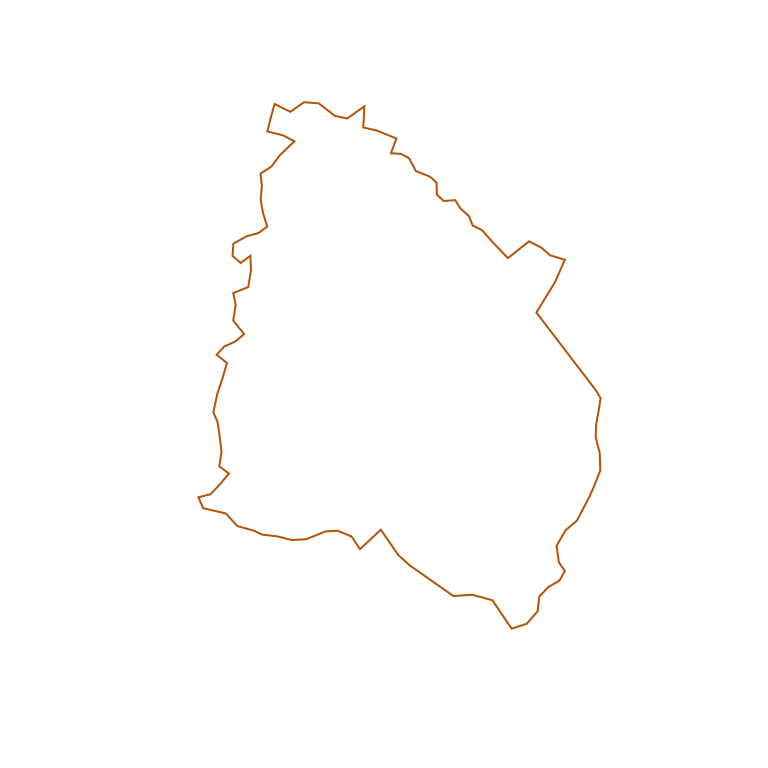 the district of Relvado, Rio Grande do Sul, Brazil, rotated 220°
{"feature_id": "56859067B21914080433066", "entity_name": "Relvado", "entity_type": "district", "adm_level": 2, "iso_a3": "BRA", "parent_name": "Brazil", "parent_adm1": "Rio Grande do Sul", "projection": "natural_earth1", "projection_center": [-52.056, -29.114], "detail": "fine", "context": "isolated", "style": "outline", "palette": "amber", "viewbox_px": 768, "rotation_deg": 220, "n_neighbors": 0, "source": "geoboundaries", "source_scale": "gbopen_adm2", "svg_char_len": 1474}
<svg xmlns="http://www.w3.org/2000/svg" viewBox="0 0 768 768"><g transform="rotate(220 384 384)"><path d="M532.3,580.0L552.3,573.6L564.8,567.2L577.5,584.1L582.9,563.7L594.1,557.8L614.3,557.1L626.4,548.4L630.7,532.3L647.8,528.2L642.5,516.5L635.7,502.5L621.1,509.6L608.6,512.3L610.9,492.4L610.0,478.4L613.8,465.8L605.1,457.5L596.9,445.8L587.1,437.6L574.7,429.5L577.1,419.2L584.3,408.7L589.6,394.7L582.4,384.8L571.6,384.6L568.8,396.3L559.0,385.7L550.3,371.0L558.0,356.8L548.4,349.2L540.3,335.7L523.3,332.3L525.2,321.0L530.5,310.0L531.0,298.8L517.8,299.2L511.6,285.0L505.3,269.2L496.6,252.7L487.4,248.1L478.5,240.3L465.1,227.9L457.3,215.1L445.2,215.7L445.2,202.2L446.0,188.0L453.4,177.9L442.6,172.6L422.0,183.2L405.0,180.9L389.5,188.0L380.6,190.3L367.6,198.8L354.4,205.2L343.8,215.1L334.1,233.4L325.3,241.7L310.9,246.3L296.2,242.1L292.8,270.3L262.9,262.1L247.2,261.6L194.5,266.2L180.9,279.3L162.0,288.0L128.9,278.6L120.6,292.1L120.2,308.6L128.4,321.0L127.6,333.9L123.3,346.3L125.2,357.0L135.4,359.8L147.8,371.0L150.9,388.7L148.4,403.4L150.9,414.6L154.1,429.5L157.7,441.7L162.6,456.6L174.5,469.9L187.7,479.3L195.5,489.4L202.3,501.3L208.9,512.3L217.4,515.3L313.2,536.7L318.5,572.0L325.3,595.4L339.4,589.4L351.0,589.6L364.6,586.4L370.0,560.1L392.9,562.6L407.8,564.9L418.0,562.4L426.7,567.2L438.4,567.6L447.7,570.6L455.8,562.6L465.1,563.0L473.2,572.0L482.1,572.4L496.4,567.6L510.0,573.1L518.7,571.3L527.0,565.3L532.3,580.0Z" fill="none" stroke="#b45309" stroke-width="2"/></g></svg>